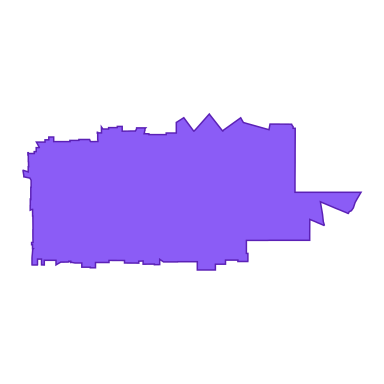 Kent, Western Australia, Australia
{"feature_id": "25037944B61750008694929", "entity_name": "Kent", "entity_type": "district", "adm_level": 2, "iso_a3": "AUS", "parent_name": "Australia", "parent_adm1": "Western Australia", "projection": "equal_earth", "projection_center": [118.452, -33.539], "detail": "fine", "context": "isolated", "style": "filled", "palette": "violet", "viewbox_px": 384, "rotation_deg": 0, "n_neighbors": 0, "source": "geoboundaries", "source_scale": "gbopen_adm2", "svg_char_len": 3752}
<svg xmlns="http://www.w3.org/2000/svg" viewBox="0 0 384 384"><path d="M23.2,170.3L23.0,170.7L23.9,176.1L23.8,176.8L29.9,178.1L31.1,180.3L31.1,187.3L30.8,187.3L30.8,199.4L30.3,199.2L30.3,205.6L30.2,205.6L30.2,210.2L32.1,209.4L32.6,209.4L32.6,211.6L32.5,212.0L32.6,212.5L32.6,216.0L32.9,216.0L32.9,217.3L32.9,218.8L33.0,229.3L32.9,229.4L32.9,234.2L32.9,235.4L33.0,242.5L31.6,242.5L31.6,244.7L32.5,244.7L32.5,248.7L33.3,248.7L32.7,249.5L32.3,254.5L32.2,255.2L32.0,258.0L32.0,261.9L32.0,264.9L32.5,265.0L35.7,265.0L35.8,265.0L36.6,265.0L37.4,265.0L37.5,264.9L37.5,261.7L37.5,259.1L41.5,259.1L41.5,261.0L41.5,264.9L44.3,265.0L44.3,261.0L44.3,260.3L48.4,260.3L52.3,260.3L56.0,260.3L56.0,264.3L56.0,264.9L58.0,263.7L58.9,263.2L59.9,262.6L60.0,262.6L60.7,262.1L63.7,262.1L68.8,262.0L68.8,261.3L70.8,261.3L70.8,262.4L70.8,262.5L71.8,262.4L75.1,263.0L75.8,263.0L81.8,263.0L81.8,267.2L85.4,267.2L90.3,267.2L90.3,267.8L95.5,267.8L95.5,262.5L100.3,262.5L103.1,262.5L105.2,262.5L106.1,262.5L109.0,262.5L109.0,261.4L109.0,260.4L124.4,260.5L124.5,260.5L124.5,262.0L124.5,263.0L138.8,263.1L138.7,261.2L143.1,261.0L143.1,264.2L149.7,264.1L154.4,264.1L154.4,264.7L159.7,264.6L159.7,259.3L163.5,261.9L165.7,261.9L171.4,261.9L175.6,261.9L177.0,261.9L177.7,261.9L177.8,261.7L182.4,261.7L187.6,261.7L197.3,261.7L197.3,270.0L202.5,270.0L206.6,270.0L209.3,270.0L214.3,270.0L215.4,270.0L215.4,264.2L215.6,264.2L225.5,264.2L225.5,260.1L237.7,260.1L237.9,260.1L237.9,261.5L243.5,261.5L247.8,261.5L247.9,260.3L247.9,253.4L247.5,253.4L247.4,253.4L246.4,253.4L246.4,240.5L246.4,240.4L260.4,240.4L265.0,240.4L267.4,240.4L269.4,240.3L271.4,240.3L277.9,240.3L295.1,240.3L307.6,240.3L309.7,240.3L309.7,233.5L309.8,219.4L311.2,220.0L314.4,221.3L316.5,222.2L317.5,222.7L318.6,223.1L320.7,224.0L323.9,225.4L324.3,225.0L323.3,221.6L322.9,217.9L322.5,214.2L321.9,210.7L321.1,206.1L320.4,201.8L321.3,202.2L323.2,203.0L327.5,204.8L330.8,206.2L336.2,208.5L339.5,209.8L343.8,211.6L346.0,212.5L348.2,213.5L348.4,213.4L349.2,211.7L350.3,211.2L351.4,210.7L353.4,207.8L353.7,206.8L355.1,202.5L357.4,198.4L360.4,193.3L361.0,192.3L320.9,192.3L295.0,192.3L295.0,187.6L295.0,182.2L295.0,178.7L295.1,162.3L295.1,153.3L295.2,136.0L295.2,134.2L295.2,132.9L295.2,128.3L293.1,128.3L293.1,126.6L293.0,126.4L292.5,126.0L291.7,124.5L291.6,124.2L277.6,124.1L275.2,124.1L270.5,124.1L270.0,124.1L269.0,129.7L264.7,128.5L263.6,128.2L252.2,125.0L246.8,123.5L243.4,122.5L242.1,120.3L240.7,117.8L236.8,120.6L223.4,130.2L223.2,130.8L222.6,131.0L210.0,115.0L209.3,114.0L201.1,123.3L197.2,127.7L194.2,131.0L193.7,131.1L189.1,124.9L183.8,117.7L177.2,121.9L176.3,122.4L176.3,133.0L171.0,133.0L166.2,133.0L166.2,134.6L159.0,134.6L158.9,134.6L153.7,134.6L148.9,134.6L148.9,133.8L144.1,133.7L144.5,132.4L144.6,131.0L145.0,130.2L144.9,128.8L145.7,127.9L136.8,127.9L136.6,127.9L136.5,129.0L136.2,129.8L135.6,130.4L135.3,130.9L135.3,131.0L130.4,131.0L129.2,131.1L122.2,131.2L122.2,126.4L117.3,126.4L117.3,126.9L117.3,127.2L117.2,127.6L111.4,127.6L108.6,127.6L108.6,129.0L102.9,129.0L102.8,128.9L102.1,127.9L101.4,126.9L101.5,132.9L97.6,132.9L97.6,132.3L97.3,132.3L97.3,133.4L97.7,133.8L97.7,139.6L97.9,140.0L97.9,141.5L93.8,141.6L90.6,141.6L90.3,141.3L89.6,139.5L86.4,139.5L82.1,139.5L78.9,139.5L78.9,140.4L74.5,140.4L69.9,140.4L69.9,140.7L70.1,141.0L70.1,141.6L65.0,141.6L59.1,141.6L53.7,141.6L53.7,137.0L48.8,137.0L48.8,139.8L46.1,139.8L45.0,139.8L45.0,142.1L43.9,142.1L40.8,142.1L39.5,142.1L36.4,142.1L39.3,147.4L39.2,147.6L36.2,147.6L36.2,148.7L36.2,151.6L35.2,151.6L34.2,151.6L34.2,152.1L34.3,152.1L34.3,153.5L30.6,153.5L28.3,153.5L28.3,152.7L27.9,152.7L27.9,154.9L28.2,154.9L28.3,156.6L28.3,161.8L28.5,161.9L28.5,164.0L28.6,166.7L28.2,166.7L28.2,171.9L23.2,170.3Z" fill="#8b5cf6" stroke="#5b21b6" stroke-width="1.5"/></svg>